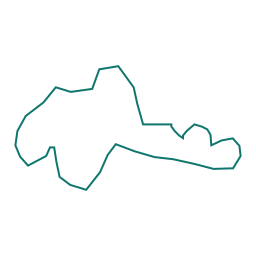 outline of Szekszárd
{"feature_id": "HUN-4914", "entity_name": "Szekszárd", "entity_type": "Urban county", "adm_level": 1, "iso_a3": "HUN", "parent_name": "Hungary", "parent_adm1": "", "projection": "natural_earth1", "projection_center": [18.755, 46.358], "detail": "fine", "context": "isolated", "style": "outline", "palette": "teal", "viewbox_px": 256, "rotation_deg": 0, "n_neighbors": 0, "source": "natural_earth", "source_scale": "10m", "svg_char_len": 667}
<svg xmlns="http://www.w3.org/2000/svg" viewBox="0 0 256 256"><path d="M118.3,66.2L133.7,87.4L137.3,103.9L143.1,124.4L171.3,124.4L171.3,126.3L174.5,130.8L179.1,135.5L183.0,138.1L183.0,135.5L186.9,130.8L194.4,124.4L201.8,126.6L207.3,129.4L210.5,134.8L211.3,145.3L221.7,140.4L232.8,138.4L239.4,145.8L240.6,156.0L233.1,168.3L213.6,168.9L194.7,164.0L173.1,159.2L154.6,157.1L134.3,151.2L115.8,144.2L107.7,154.9L100.1,172.1L86.2,189.8L70.2,184.9L59.6,176.9L56.3,161.3L54.2,147.4L50.0,147.4L46.2,156.0L28.0,165.6L20.0,156.5L15.4,145.3L17.4,131.1L25.7,116.0L43.5,102.4L55.8,87.3L70.8,91.9L92.2,88.9L99.3,69.3L118.3,66.2Z" fill="none" stroke="#0f766e" stroke-width="2"/></svg>